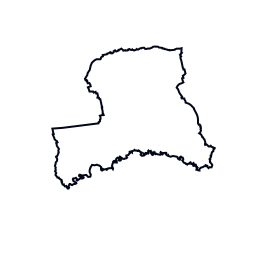 Mueang Surin, Surin, Thailand (orthographic projection), rotated 240°
{"feature_id": "78962969B42978200343828", "entity_name": "Mueang Surin", "entity_type": "district", "adm_level": 2, "iso_a3": "THA", "parent_name": "Thailand", "parent_adm1": "Surin", "projection": "orthographic", "projection_center": [103.474, 14.914], "detail": "fine", "context": "isolated", "style": "outline", "palette": "ink", "viewbox_px": 256, "rotation_deg": 240, "n_neighbors": 0, "source": "geoboundaries", "source_scale": "gbopen_adm2", "svg_char_len": 5861}
<svg xmlns="http://www.w3.org/2000/svg" viewBox="0 0 256 256"><g transform="rotate(240 128 128)"><path d="M105.7,45.6L105.3,46.2L105.9,47.3L106.2,47.3L106.7,46.8L107.1,47.0L108.7,49.4L108.2,50.2L107.0,50.5L106.5,51.1L106.6,52.9L105.8,54.9L106.0,55.7L106.5,55.8L109.3,54.2L111.2,54.6L111.7,55.3L111.1,56.4L110.9,58.0L109.5,58.3L108.4,57.4L107.9,57.8L108.2,61.5L107.0,63.4L106.9,64.3L107.3,64.8L107.9,64.6L108.0,63.4L109.4,63.0L110.5,61.7L111.1,61.7L111.8,62.5L111.6,63.0L109.8,64.5L108.2,68.4L105.6,69.0L104.7,70.8L105.1,71.6L106.4,72.5L108.6,72.6L110.6,73.6L112.6,75.8L114.0,78.5L112.4,80.4L111.8,82.6L109.5,84.6L107.6,85.2L106.6,84.4L105.0,83.8L104.5,83.9L104.0,84.6L104.1,85.1L104.6,85.2L105.4,84.8L105.5,85.6L104.1,86.3L103.3,88.8L102.8,88.5L102.4,88.7L103.0,90.5L102.0,92.7L101.7,94.0L99.9,94.3L100.5,94.9L103.1,95.1L104.9,96.9L105.4,97.8L106.2,98.2L106.5,99.2L106.1,100.5L105.6,100.5L104.7,99.5L103.7,101.0L105.0,101.8L106.6,101.9L107.3,102.7L107.6,103.9L107.4,104.5L105.9,104.8L104.5,104.0L104.0,104.3L103.6,105.2L103.9,106.1L104.8,106.7L106.9,106.3L107.2,106.7L103.9,108.2L103.1,109.2L103.1,110.1L102.6,111.3L102.8,112.4L104.1,112.3L105.0,112.8L104.4,114.9L105.0,115.8L105.3,117.4L106.1,117.2L106.6,117.5L106.3,118.6L104.9,119.2L106.0,119.7L105.5,121.7L105.8,122.7L104.8,123.0L104.1,124.4L103.4,124.6L103.0,125.3L103.3,125.9L102.6,126.4L101.4,126.5L100.8,127.0L99.1,126.6L98.6,125.6L97.1,126.0L96.2,127.9L96.2,128.5L98.2,128.7L97.0,129.5L97.6,130.8L97.2,131.5L96.4,131.1L96.4,132.4L95.8,132.8L96.1,133.4L96.6,133.3L98.1,134.0L98.2,134.4L97.3,134.3L96.8,136.3L95.6,136.0L94.8,135.3L92.5,135.6L92.5,136.0L93.2,136.0L94.3,137.1L94.4,137.5L92.8,137.3L93.5,138.9L91.6,138.7L91.5,139.8L90.6,140.3L88.7,142.5L88.9,143.3L89.9,143.8L90.5,143.8L90.8,144.3L89.9,144.7L87.9,144.5L87.9,144.9L88.6,145.2L88.8,145.9L87.4,148.7L86.8,148.6L86.3,147.7L84.4,148.3L84.1,148.7L84.3,149.2L83.4,149.1L81.8,150.6L81.3,152.9L78.6,156.1L78.1,156.3L76.6,155.9L74.8,156.7L74.6,157.1L74.8,157.4L75.4,157.0L75.9,157.2L76.8,158.7L76.8,159.5L76.3,159.6L75.9,159.2L75.1,160.5L74.3,160.6L72.9,160.0L72.8,158.8L70.2,159.0L69.1,159.9L68.1,160.1L67.9,160.7L66.7,161.0L67.0,162.6L66.3,163.4L66.0,164.5L67.0,164.6L67.0,165.0L65.2,164.9L64.8,165.2L64.4,165.9L64.8,166.3L64.9,167.2L64.1,167.1L64.0,166.1L63.2,165.8L62.8,166.2L63.0,167.6L62.4,168.3L62.0,168.1L61.8,167.0L61.2,168.1L59.7,167.5L59.4,168.0L59.7,168.3L58.9,168.5L57.7,166.4L56.0,167.9L55.5,168.6L55.8,168.7L56.1,168.3L57.0,170.2L57.2,171.5L56.7,173.2L56.8,174.8L56.2,176.1L56.3,176.6L56.8,176.8L55.6,177.8L54.9,177.3L53.0,177.7L53.3,179.0L52.2,180.6L53.1,181.9L53.8,182.5L55.6,182.4L57.2,181.9L57.7,182.3L58.1,182.2L58.6,182.7L60.1,183.0L60.0,183.5L60.3,183.5L60.6,184.2L61.5,185.0L61.5,185.4L61.9,185.8L62.8,185.8L63.0,186.8L65.0,188.4L65.2,190.2L65.8,190.4L66.4,191.3L67.0,191.5L66.8,192.5L67.1,192.9L67.4,192.5L67.7,192.7L68.2,192.4L69.9,191.0L71.0,190.8L70.8,190.4L71.2,190.2L71.2,189.5L71.6,188.7L74.6,187.8L74.8,186.4L75.6,186.6L76.9,187.8L80.0,188.5L80.5,188.2L82.7,188.2L82.9,187.8L85.6,188.1L87.8,187.0L88.0,188.2L89.5,190.1L90.8,190.2L91.1,190.9L93.0,191.7L93.2,191.3L94.0,191.9L95.2,191.8L95.5,190.9L97.1,191.0L100.2,192.8L102.6,193.8L105.3,194.4L111.3,194.6L111.9,195.0L116.1,194.0L118.5,192.9L121.2,190.6L122.5,191.2L124.0,191.1L125.4,191.5L126.8,189.3L127.7,189.5L128.0,190.5L132.5,190.1L136.7,190.7L138.6,190.3L139.8,192.1L140.4,194.5L139.9,196.9L139.8,198.8L141.6,199.0L144.0,199.7L143.7,201.1L145.8,201.6L145.9,203.0L146.4,205.0L150.4,206.2L150.9,205.3L152.0,205.7L152.5,205.5L159.5,207.8L161.9,208.3L163.3,208.9L163.4,209.8L165.3,209.6L165.4,210.5L165.9,210.7L166.2,212.3L167.0,212.1L170.3,214.3L170.8,212.5L172.4,209.8L172.6,207.7L172.4,207.5L174.5,202.8L174.9,202.9L175.7,201.5L176.6,200.9L178.0,199.2L178.4,199.3L179.6,197.6L180.2,197.8L182.3,195.0L183.1,194.8L184.0,193.9L184.2,193.2L185.1,192.1L185.8,190.3L185.6,189.2L186.0,186.2L186.6,185.6L187.4,183.1L188.1,182.3L189.3,182.2L190.4,180.3L190.3,179.4L190.8,178.8L190.9,177.6L190.8,176.1L191.5,175.0L192.0,175.0L191.8,173.7L192.1,172.0L192.8,171.7L193.6,170.6L193.9,170.7L193.8,170.1L194.6,169.1L195.7,168.7L195.9,167.4L195.3,167.0L195.4,166.5L195.6,165.8L196.4,165.0L196.2,164.9L196.4,164.3L197.1,163.5L197.3,162.7L197.7,162.8L200.1,161.9L200.0,160.6L200.4,158.9L199.8,158.7L200.0,156.5L200.3,155.9L201.7,155.7L201.8,155.2L201.7,154.0L200.7,153.4L200.6,151.6L200.9,151.5L201.1,150.8L201.9,150.9L202.0,150.5L202.6,150.4L202.4,148.9L202.8,147.2L202.4,147.0L202.4,146.5L203.8,142.6L202.6,142.1L202.8,140.6L202.4,139.8L201.5,139.0L201.4,138.3L203.3,135.0L203.3,132.6L202.5,129.3L200.7,126.9L197.5,124.0L195.7,120.5L194.3,119.3L192.1,115.3L190.7,115.1L190.4,116.0L189.2,115.6L189.1,116.2L186.9,115.5L186.2,117.0L184.3,117.0L182.8,116.6L183.3,113.6L181.3,113.5L178.8,112.9L177.0,116.0L175.8,116.0L175.5,118.0L173.8,117.7L173.3,118.8L170.8,118.0L169.6,116.7L169.0,117.3L168.7,118.0L167.3,117.7L166.8,118.4L160.6,116.4L159.5,116.3L158.6,115.9L158.8,115.5L155.1,114.4L153.2,113.3L152.9,113.7L151.4,113.4L151.7,112.7L151.9,112.7L152.7,109.8L151.5,109.7L150.0,109.0L149.2,108.3L149.3,107.9L147.8,107.0L147.8,105.8L147.4,105.6L147.4,105.1L146.8,104.7L160.8,71.5L165.3,62.2L160.6,60.7L160.4,60.3L160.2,60.4L160.2,60.0L159.7,60.1L159.7,59.5L156.3,59.2L155.2,58.8L153.2,59.2L152.3,59.9L150.8,59.8L150.9,58.3L149.9,58.2L148.7,57.6L147.8,57.5L144.3,57.7L143.4,56.4L141.7,55.9L141.7,55.6L140.8,55.0L139.0,52.5L139.2,51.5L139.0,51.2L137.1,51.3L136.0,50.9L134.9,49.9L134.3,48.1L133.1,47.4L131.8,45.8L129.8,45.6L128.9,44.7L127.6,44.4L127.0,43.2L125.0,43.4L124.5,42.9L124.4,42.4L123.4,41.7L121.2,42.2L120.5,42.0L119.7,43.2L119.1,43.0L118.7,43.4L118.0,43.4L116.3,44.5L115.2,44.3L115.3,43.8L114.4,43.5L113.9,43.3L113.6,43.6L111.8,43.1L111.3,43.5L111.1,44.2L110.4,43.9L109.0,44.2L108.7,45.5L107.0,45.2L106.4,45.8L105.7,45.6Z" fill="none" stroke="#020617" stroke-width="2"/></g></svg>